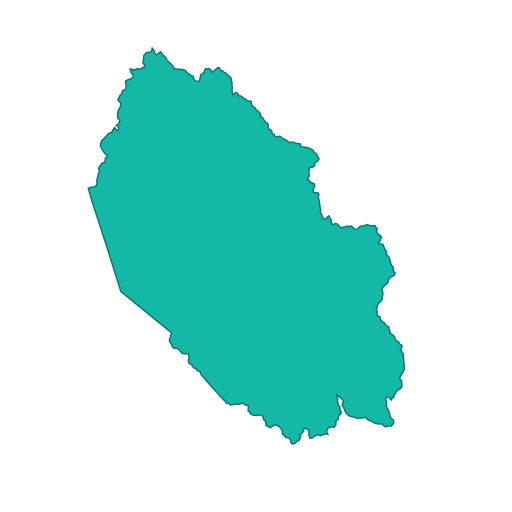 Independência, Ceará, Brazil (orthographic projection), rotated 288°
{"feature_id": "56859067B45229739408985", "entity_name": "Independência", "entity_type": "district", "adm_level": 2, "iso_a3": "BRA", "parent_name": "Brazil", "parent_adm1": "Ceará", "projection": "orthographic", "projection_center": [-40.325, -5.496], "detail": "fine", "context": "isolated", "style": "filled", "palette": "teal", "viewbox_px": 512, "rotation_deg": 288, "n_neighbors": 0, "source": "geoboundaries", "source_scale": "gbopen_adm2", "svg_char_len": 6071}
<svg xmlns="http://www.w3.org/2000/svg" viewBox="0 0 512 512"><g transform="rotate(288 256 256)"><path d="M349.6,80.2L347.2,80.8L345.1,81.5L342.6,84.8L340.6,84.5L338.6,84.3L337.2,82.8L335.8,85.9L332.6,86.0L333.0,83.4L334.5,81.9L332.2,81.1L328.7,80.6L327.9,78.9L325.8,77.4L323.6,76.5L317.5,73.5L313.0,73.8L310.9,75.7L308.4,78.4L306.8,80.6L306.2,83.2L304.2,83.3L301.7,82.6L299.6,83.1L297.5,83.1L297.3,81.3L295.4,80.4L292.0,79.3L290.2,79.5L288.9,80.5L287.5,81.3L285.9,80.6L280.6,81.2L278.8,81.2L275.4,82.6L273.5,82.2L271.8,81.1L270.1,77.3L268.6,75.6L258.3,82.5L218.4,111.5L180.5,138.4L156.8,199.5L148.8,199.7L147.0,201.5L145.9,203.0L144.3,204.1L142.9,205.8L143.7,209.9L143.1,211.6L140.9,215.2L140.6,216.9L141.1,219.5L142.2,221.1L141.5,222.5L140.0,223.2L138.2,223.8L136.1,223.8L134.1,224.7L133.1,226.2L132.9,228.2L131.6,229.7L130.6,231.1L130.2,233.6L128.8,235.6L128.9,237.9L128.2,239.3L126.4,240.2L118.5,253.3L109.6,268.9L108.1,271.9L106.8,273.9L107.3,276.3L106.4,277.9L107.4,279.6L107.9,281.1L109.4,283.3L109.7,285.9L111.5,287.9L112.4,289.7L111.0,291.5L111.2,293.2L110.8,295.3L106.6,296.2L105.7,297.9L104.4,299.3L103.8,301.3L103.8,303.2L104.4,305.2L105.5,307.8L106.2,309.2L106.3,310.9L105.4,312.4L103.9,313.1L102.6,313.9L101.7,316.7L99.7,317.0L97.9,318.1L97.4,320.9L97.2,323.0L98.9,323.5L99.8,325.3L101.5,325.9L101.3,327.6L101.4,329.6L100.2,332.1L98.9,334.0L97.2,335.7L95.1,335.8L92.7,340.6L93.0,343.3L92.2,345.2L89.3,346.9L88.5,348.6L89.4,350.5L92.0,352.0L94.4,354.1L96.2,354.2L100.0,353.7L102.4,354.7L104.1,355.4L105.6,355.1L107.3,355.1L107.5,357.0L106.7,359.4L105.5,360.8L103.3,361.2L101.4,362.1L99.5,363.5L100.0,365.4L101.2,366.3L103.0,367.4L103.8,368.7L105.4,370.1L104.9,372.5L108.3,377.0L108.5,379.5L110.2,377.9L112.0,377.2L114.3,377.6L115.8,378.7L117.0,381.3L117.2,383.5L118.9,383.6L120.7,384.1L122.1,383.4L124.1,383.0L125.8,384.6L127.6,384.0L129.2,384.1L131.0,384.5L132.4,385.6L134.0,385.2L135.4,383.4L137.4,382.9L138.7,382.0L140.1,380.0L143.3,378.3L145.2,377.9L146.9,376.7L149.2,375.9L148.0,378.0L146.7,381.6L145.7,383.6L143.4,384.0L140.6,384.1L138.9,386.3L137.3,387.7L135.2,389.3L133.4,392.2L132.7,394.4L132.8,396.7L133.0,398.2L133.2,400.6L132.7,402.7L133.9,404.3L134.3,406.3L135.5,407.9L136.2,410.1L135.0,412.6L134.5,414.2L134.8,415.9L134.2,418.0L133.7,421.6L134.1,424.2L135.0,426.7L135.0,428.4L134.1,430.1L133.6,431.6L134.4,433.6L135.6,435.0L135.9,437.0L139.2,438.5L141.5,438.2L142.8,436.6L143.4,434.6L147.5,431.3L149.7,430.2L151.1,428.6L152.6,426.8L158.2,425.0L160.1,422.9L161.9,424.0L163.1,425.8L162.0,427.0L161.0,429.2L163.3,429.2L163.8,430.7L165.8,430.1L167.1,430.9L169.4,431.1L170.9,431.5L172.7,432.3L174.0,434.1L176.5,435.1L178.3,434.6L180.2,433.8L182.3,433.1L183.3,430.9L184.8,430.3L186.5,430.9L188.8,431.1L190.9,431.6L192.6,432.0L194.5,432.1L197.0,431.1L201.6,429.0L206.2,427.2L208.2,426.3L209.4,424.7L211.3,423.0L213.9,422.9L216.1,422.5L216.6,420.0L218.0,418.7L218.8,417.4L218.6,415.6L219.8,414.4L221.2,413.3L222.6,411.7L223.4,409.8L224.0,407.4L226.0,406.4L227.3,405.3L229.4,404.5L229.7,402.1L231.1,400.0L232.2,398.5L232.6,396.1L233.6,394.7L236.4,392.5L237.0,389.7L238.6,388.6L240.4,388.8L242.1,387.1L246.7,386.8L249.1,387.2L250.3,388.1L252.0,388.9L254.5,389.4L256.2,388.8L259.5,388.3L261.5,387.3L263.1,386.3L264.7,386.2L266.3,386.7L267.9,387.6L269.3,388.6L271.0,389.5L272.6,389.7L274.3,389.4L276.2,389.8L278.1,391.2L279.3,392.5L280.9,393.7L283.1,393.4L283.8,391.6L285.3,390.6L287.5,389.9L289.4,387.4L291.5,385.9L293.2,385.0L296.4,382.3L297.0,380.5L298.1,379.5L300.2,378.8L304.2,374.8L306.3,373.1L305.8,371.3L305.8,369.0L309.1,369.1L311.1,369.4L312.9,369.4L314.2,367.2L314.9,364.9L315.9,363.7L317.6,362.9L319.9,362.6L320.0,361.0L321.7,359.9L320.9,357.7L319.9,355.0L320.3,352.3L317.7,348.6L316.7,346.1L312.9,343.9L312.0,342.3L312.3,340.4L313.5,338.9L313.9,337.1L312.5,335.0L312.6,333.4L311.4,331.8L310.1,330.0L309.0,327.4L310.6,325.4L311.8,321.9L310.5,320.6L309.5,319.0L310.8,317.5L313.5,316.4L316.6,312.9L314.8,311.7L312.5,311.0L312.5,309.1L313.4,306.8L315.4,306.0L316.5,304.5L317.7,303.5L319.8,303.2L321.3,302.5L323.7,301.0L326.4,299.9L331.5,296.9L333.7,296.9L335.4,295.3L334.4,292.7L334.5,290.7L337.1,289.9L339.4,290.1L341.1,290.1L342.6,289.2L342.8,287.3L342.8,285.3L344.0,283.6L344.6,281.4L347.5,281.8L349.4,281.6L351.3,280.5L354.2,280.0L356.0,279.4L357.6,281.5L358.8,283.4L360.7,283.8L362.6,283.2L364.3,284.2L365.5,285.4L367.8,285.9L370.6,283.2L372.2,281.3L372.2,279.7L374.0,277.7L374.8,275.6L374.6,273.7L375.1,272.0L374.8,270.1L373.9,266.4L374.6,264.5L376.2,263.6L376.0,261.6L375.4,258.8L375.8,256.7L375.2,254.6L374.2,252.8L375.1,250.4L375.7,247.5L375.9,244.8L376.8,243.2L377.2,241.6L376.4,239.9L375.3,238.5L375.7,236.9L377.3,235.7L377.1,233.8L378.8,232.9L380.3,231.9L380.6,229.1L382.4,227.6L384.5,227.1L385.9,225.9L385.9,223.7L388.7,220.6L390.0,218.6L390.1,217.1L392.2,216.6L393.5,215.0L394.5,213.0L394.9,211.2L396.3,209.9L397.1,207.9L397.5,206.0L398.9,205.0L401.7,203.3L401.0,201.4L401.0,199.5L402.0,197.6L402.1,195.3L402.9,194.0L403.4,192.4L403.2,190.1L405.3,187.7L404.8,185.9L403.4,185.1L401.7,184.8L403.0,183.6L406.3,181.9L409.3,181.4L410.7,180.4L412.3,180.1L414.6,178.7L417.7,177.1L418.8,174.8L419.6,172.7L420.8,170.3L420.8,168.4L422.0,167.0L421.1,165.3L423.5,163.3L423.5,161.6L422.0,160.7L419.2,158.8L417.3,158.0L418.7,155.9L419.8,153.7L418.3,150.1L416.6,149.8L414.5,149.9L411.2,147.4L406.3,148.1L404.2,147.5L403.6,144.2L405.2,142.1L407.5,140.7L407.8,137.6L408.8,134.4L410.7,131.4L410.6,129.2L409.9,125.3L408.6,119.9L410.4,118.9L412.4,115.9L413.3,113.9L413.9,112.3L414.8,110.5L416.6,109.3L417.7,107.1L418.5,105.2L420.8,102.4L419.4,101.2L417.3,99.9L416.5,98.5L417.8,97.1L419.9,95.5L421.5,93.1L418.6,93.4L417.2,92.6L416.1,89.5L414.1,88.3L411.8,87.4L409.4,88.0L404.8,88.8L403.7,90.2L402.9,91.6L401.4,91.8L400.3,89.9L398.1,88.7L397.4,85.2L395.3,82.7L395.1,80.1L395.2,78.6L392.0,80.3L390.1,83.5L387.8,83.7L385.9,82.2L384.0,79.8L382.2,77.9L380.1,78.5L378.7,79.5L376.6,80.3L373.2,80.1L372.4,78.0L369.1,78.1L366.4,77.0L361.7,76.5L359.8,79.8L358.5,80.8L355.8,80.8L353.3,80.2L349.6,80.2Z" fill="#14b8a6" stroke="#0f766e" stroke-width="1.5"/></g></svg>